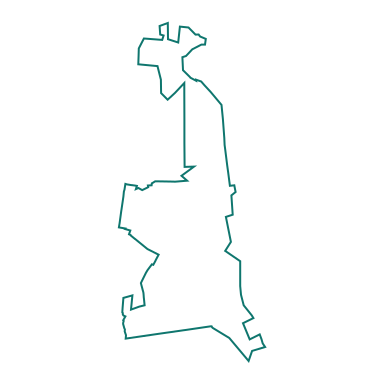 Villa Pesqueira, Sonora, Mexico (Albers equal-area conic projection)
{"feature_id": "50627088B53796408252368", "entity_name": "Villa Pesqueira", "entity_type": "district", "adm_level": 2, "iso_a3": "MEX", "parent_name": "Mexico", "parent_adm1": "Sonora", "projection": "albers", "projection_center": [-110.005, 29.14], "detail": "fine", "context": "isolated", "style": "outline", "palette": "teal", "viewbox_px": 384, "rotation_deg": 0, "n_neighbors": 0, "source": "geoboundaries", "source_scale": "gbopen_adm2", "svg_char_len": 2413}
<svg xmlns="http://www.w3.org/2000/svg" viewBox="0 0 384 384"><path d="M210.7,326.3L211.1,326.3L211.4,326.3L211.6,326.3L211.7,326.5L211.9,327.0L212.3,327.5L212.7,327.9L229.3,338.0L230.4,339.3L242.5,353.7L248.6,361.0L252.1,350.9L265.1,347.0L262.7,343.4L261.5,339.2L259.7,334.4L249.7,339.4L243.0,323.2L253.4,318.1L251.9,315.6L251.7,315.3L250.1,313.3L243.7,305.3L241.0,294.8L240.2,286.1L240.2,284.6L240.2,283.8L240.2,265.5L240.2,261.2L225.2,250.9L230.9,241.9L225.9,216.9L232.7,214.7L231.7,199.9L231.4,195.4L235.6,192.0L234.9,188.5L234.3,185.3L229.9,185.8L228.2,172.6L227.2,165.4L225.3,150.2L224.6,144.9L224.3,138.0L222.9,119.1L221.5,104.9L210.7,92.0L204.5,85.3L201.2,81.5L196.1,79.7L196.2,80.8L190.4,77.7L190.0,77.1L183.0,70.2L182.4,57.2L186.0,56.0L192.3,49.3L201.4,44.6L205.0,44.6L205.8,38.9L200.1,36.5L198.6,34.5L195.5,34.6L188.5,27.5L179.9,26.6L178.2,42.5L168.0,39.2L167.8,23.0L159.6,26.0L160.2,34.5L163.6,35.5L162.2,39.9L143.9,38.5L138.8,48.4L138.6,55.4L138.3,64.3L157.5,66.1L157.8,67.4L160.9,79.7L161.0,86.5L161.1,93.1L167.6,99.7L173.6,94.2L173.8,94.0L174.9,93.0L184.3,83.0L184.3,92.2L184.3,92.8L184.4,118.8L184.4,131.4L184.4,138.0L184.4,142.8L184.6,166.9L194.0,166.6L181.5,175.8L187.1,180.7L174.9,181.7L173.3,181.6L161.6,181.4L155.2,181.3L152.5,183.0L152.3,183.0L151.8,183.4L151.6,185.3L147.9,185.5L148.2,187.2L142.2,190.1L138.4,188.0L135.9,189.1L136.9,185.9L135.3,185.6L133.2,185.3L132.9,185.3L131.9,185.1L131.3,185.1L127.0,184.4L125.4,183.9L124.8,187.6L124.5,189.6L123.9,191.5L123.4,196.6L121.5,209.5L121.2,211.4L119.6,223.2L118.9,227.4L125.3,228.5L125.0,229.0L130.3,230.5L129.0,234.3L130.7,235.1L130.9,235.6L134.9,238.9L135.0,238.9L147.4,249.0L158.6,254.7L155.8,260.0L155.3,261.1L154.0,263.5L153.3,264.8L151.9,264.3L151.3,265.1L149.5,267.5L147.5,270.2L145.9,272.9L141.8,281.2L140.9,283.1L141.0,283.4L141.4,285.1L142.5,289.2L142.6,289.7L143.1,291.4L143.4,292.7L143.5,293.6L143.6,294.7L143.8,297.6L144.0,299.2L144.6,305.3L139.3,306.6L132.7,309.0L132.3,309.1L131.3,309.5L131.0,309.6L132.4,295.4L123.4,297.9L122.6,307.8L122.3,312.4L122.8,313.0L122.8,314.1L122.8,314.4L123.0,314.8L123.1,315.0L123.6,315.6L123.9,315.7L125.4,316.4L123.4,319.9L123.2,320.3L123.7,320.9L123.2,322.7L123.1,323.9L124.3,328.2L124.9,329.5L124.7,331.3L125.1,332.6L126.0,335.2L125.7,338.6L158.7,333.8L167.1,332.6L173.7,331.7L174.9,331.5L181.2,330.6L183.2,330.3L185.5,330.0L210.7,326.3Z" fill="none" stroke="#0f766e" stroke-width="2"/></svg>